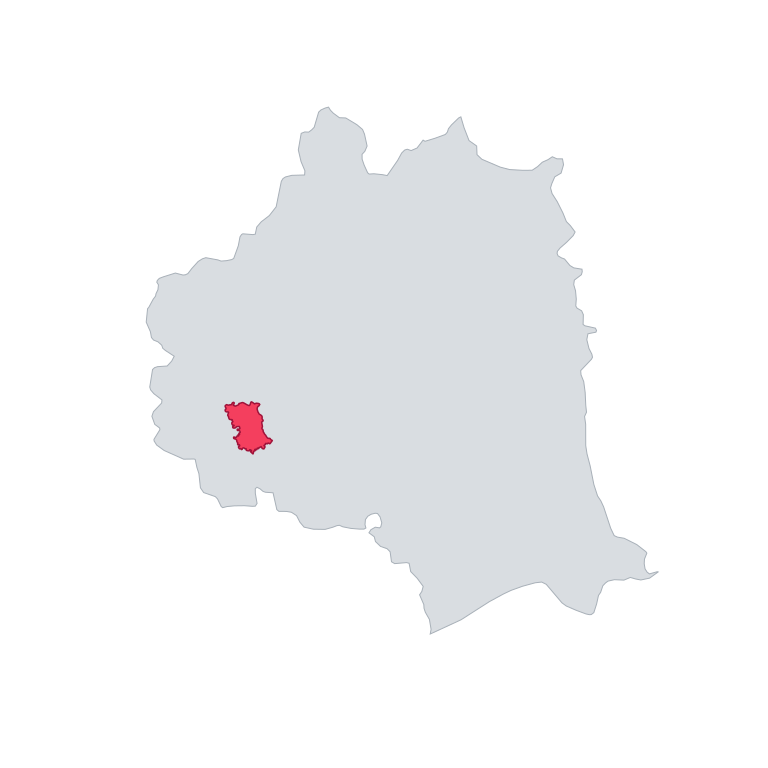 Hlybokaye, Vitebsk, Belarus (highlighted), rotated 253°
{"feature_id": "67162791B12228546801080", "entity_name": "Hlybokaye", "entity_type": "district", "adm_level": 2, "iso_a3": "BLR", "parent_name": "Belarus", "parent_adm1": "Vitebsk", "projection": "albers", "projection_center": [27.835, 55.173], "detail": "fine", "context": "in_parent", "style": "filled", "palette": "rose", "viewbox_px": 768, "rotation_deg": 253, "n_neighbors": 0, "source": "geoboundaries", "source_scale": "gbopen_adm2", "svg_char_len": 9653}
<svg xmlns="http://www.w3.org/2000/svg" viewBox="0 0 768 768"><g transform="rotate(253 384 384)"><path d="M617.0,535.6L605.6,535.5L591.9,536.5L584.5,542.2L576.1,540.0L570.3,543.3L557.4,558.6L552.4,566.7L547.8,579.1L545.1,588.2L547.0,594.5L549.8,600.2L550.6,606.5L552.1,611.4L548.8,615.2L547.1,620.5L541.2,619.8L533.9,615.0L532.2,607.9L526.6,603.1L522.9,600.6L517.0,600.4L507.6,603.0L495.3,605.1L486.0,605.9L481.0,608.5L473.5,611.2L470.6,608.3L466.2,600.2L462.6,592.2L460.2,588.6L458.2,587.7L455.7,587.9L452.8,590.5L450.7,593.2L443.0,596.4L439.6,599.4L435.9,606.9L433.4,606.4L430.8,604.7L427.7,596.4L423.6,594.5L417.1,594.4L409.0,592.7L402.5,590.2L400.1,590.8L396.2,594.4L392.0,594.9L382.7,591.8L380.9,593.2L375.6,602.5L373.0,602.9L371.6,601.8L372.4,593.7L367.1,590.9L358.0,590.4L351.7,591.5L348.6,591.2L347.0,589.6L339.3,576.0L335.2,575.1L327.9,575.7L317.1,573.9L304.6,570.7L297.8,569.4L294.3,566.3L286.6,565.1L266.1,558.9L257.8,557.7L245.4,557.2L226.6,555.3L214.5,555.5L208.8,557.2L202.3,558.1L179.8,558.6L171.7,559.8L169.3,562.5L166.3,568.5L156.5,578.8L147.1,585.4L145.4,585.9L140.4,581.9L136.1,580.3L130.9,579.6L127.2,580.6L124.8,582.3L124.6,590.5L124.1,591.2L120.7,581.2L121.5,572.3L124.1,567.4L127.0,563.0L126.3,556.1L129.5,547.1L130.0,540.6L129.0,537.7L127.1,534.3L121.5,530.3L119.1,527.3L111.5,523.0L104.0,517.8L102.9,514.8L103.4,512.9L105.0,510.0L111.5,501.5L118.4,493.4L122.7,490.2L145.0,480.6L148.5,476.9L149.7,470.5L150.1,457.3L149.5,445.3L148.3,437.0L145.1,421.3L136.0,388.7L131.4,355.1L135.6,357.3L145.6,358.6L153.7,356.8L157.8,356.7L161.4,357.6L172.0,356.4L174.5,359.5L179.0,362.3L188.4,359.0L196.8,354.7L205.2,355.6L206.6,353.4L209.1,341.7L211.8,339.2L221.8,340.8L225.6,338.8L229.7,333.2L235.8,329.8L240.8,330.0L246.1,326.1L248.5,328.9L249.6,333.8L247.7,337.7L248.4,339.2L251.9,341.3L258.1,341.4L262.1,339.9L263.0,337.7L263.2,333.7L262.3,329.9L259.8,326.6L255.0,324.7L251.6,324.6L251.1,322.5L252.4,318.1L255.6,310.1L259.5,302.8L261.9,300.1L262.3,297.6L262.0,293.1L262.2,285.1L265.8,274.0L270.5,265.7L276.4,263.2L283.7,261.9L288.4,258.0L290.7,253.4L292.9,246.3L295.2,244.8L312.4,246.1L315.2,238.9L316.7,236.9L320.0,234.8L322.4,232.3L321.5,230.3L317.2,229.0L306.9,227.7L304.8,225.2L305.5,222.4L308.4,215.0L311.2,205.4L312.7,198.0L312.9,193.6L314.4,192.5L322.8,191.2L325.6,189.8L332.9,179.8L338.4,178.1L352.4,180.8L358.9,180.7L367.1,181.4L367.8,180.4L370.7,170.4L384.6,154.4L392.0,148.8L396.7,147.5L398.3,147.8L405.8,156.3L407.5,156.6L412.4,153.0L421.0,152.6L425.0,155.5L430.8,165.8L433.7,167.0L442.0,161.1L446.6,159.1L449.6,159.1L465.5,166.9L466.7,169.4L466.8,172.5L464.6,181.9L468.0,187.7L471.9,191.5L479.9,184.8L482.8,182.9L486.1,182.8L490.4,180.2L493.4,176.5L496.4,175.2L502.3,175.9L512.7,174.7L525.1,179.9L526.2,181.6L532.6,188.1L534.9,191.3L536.9,192.3L540.3,195.4L544.8,197.3L547.8,196.5L549.3,197.5L550.7,200.0L551.0,204.4L551.1,216.9L547.0,223.6L546.5,225.9L546.9,228.7L550.6,233.9L555.5,242.1L556.8,246.9L556.9,250.5L551.2,261.5L549.2,264.1L548.0,269.4L547.5,274.8L548.0,277.0L558.8,285.1L566.8,289.3L568.6,291.5L568.9,292.9L565.2,302.3L564.9,304.7L571.3,308.2L575.0,314.0L578.6,323.6L585.0,332.7L607.9,345.1L610.0,347.5L610.8,350.3L610.5,356.8L607.1,369.2L611.0,370.7L620.9,369.7L632.9,370.5L647.9,378.1L648.2,382.0L646.9,385.6L648.2,389.2L649.9,392.3L663.1,401.0L664.5,403.8L665.1,408.4L665.0,411.9L661.5,412.8L657.8,414.7L651.7,419.2L649.6,425.2L639.9,433.9L633.7,437.9L628.7,438.4L616.5,437.4L612.1,433.7L610.1,430.2L605.4,428.8L599.2,429.0L590.8,430.1L589.1,431.2L588.0,435.8L584.7,443.6L582.4,448.0L593.9,462.5L599.7,468.4L601.7,472.2L601.7,474.9L599.3,478.2L600.0,484.6L605.8,492.7L604.1,494.2L604.1,504.6L604.7,515.6L606.3,518.2L609.3,520.3L612.0,524.2L616.6,533.2L617.0,535.6Z" fill="#d9dde1" stroke="#a8b0b8" stroke-width="1"/><path d="M400.8,259.2L401.6,258.9L401.9,258.5L402.2,258.1L402.4,257.6L402.6,257.2L402.7,256.7L403.0,256.3L403.0,256.1L402.9,255.4L402.9,254.8L402.9,254.3L403.1,254.1L403.3,254.0L403.7,253.8L404.1,253.5L404.4,253.2L404.9,252.8L405.2,252.6L405.4,252.3L405.6,252.1L405.7,251.8L405.6,251.6L405.4,251.3L405.0,251.1L404.9,250.9L404.5,250.7L404.0,250.3L403.6,250.0L403.3,249.7L403.1,249.5L402.9,249.2L402.8,248.8L402.9,248.5L403.6,247.6L404.4,246.7L405.5,245.7L406.0,245.2L406.4,244.8L406.8,244.5L407.0,244.1L407.5,243.6L407.7,242.9L407.7,242.5L407.7,241.8L407.7,240.8L407.7,239.6L407.4,239.6L407.1,239.4L406.9,239.2L406.8,238.9L406.7,238.7L406.5,237.9L406.5,237.2L406.4,236.9L406.3,236.3L406.4,235.6L406.3,235.3L406.4,235.1L407.3,234.2L407.5,233.8L407.9,233.7L408.3,234.2L408.7,234.6L408.9,234.8L409.4,235.1L409.7,235.2L409.9,235.1L410.1,235.1L410.3,234.8L410.5,234.6L410.5,234.3L410.4,233.8L410.2,233.3L409.9,233.1L409.6,232.8L409.3,232.5L409.0,232.2L408.9,232.0L408.8,231.6L408.9,231.3L409.0,231.1L409.2,230.8L409.1,230.4L409.2,229.6L409.2,229.2L409.4,228.8L409.7,228.2L410.0,227.9L410.2,227.6L410.3,227.3L410.1,226.9L410.0,226.5L409.9,226.1L409.6,225.8L409.3,225.6L408.7,225.5L408.2,225.6L407.7,225.8L407.0,225.8L406.4,225.6L406.2,225.3L406.1,224.9L405.9,224.7L405.5,224.5L405.0,224.3L404.6,224.3L404.1,224.5L403.7,224.8L403.5,225.0L403.3,225.5L403.1,226.1L403.0,226.5L402.9,226.7L402.7,226.9L402.4,227.0L402.1,227.0L401.5,226.5L400.9,226.1L400.5,225.8L400.2,225.6L399.8,225.4L399.4,225.5L399.0,225.5L398.7,225.7L398.1,225.8L397.4,225.6L396.9,225.6L396.4,225.7L395.6,225.8L395.2,226.2L395.2,226.4L395.0,226.7L394.8,226.9L394.6,227.2L394.6,227.7L394.5,228.0L394.3,228.3L394.0,228.4L393.8,228.2L393.5,228.0L393.2,228.1L392.7,228.4L392.5,228.5L392.1,228.2L391.9,228.1L391.8,227.6L391.5,227.2L391.1,227.0L390.6,226.9L389.6,226.9L389.3,227.0L389.0,227.2L388.8,227.3L388.7,227.6L388.7,227.9L388.6,228.3L388.2,228.5L387.9,228.3L387.8,227.8L387.7,227.4L387.6,227.1L387.4,226.8L387.0,226.7L386.4,226.7L386.1,226.9L385.9,227.2L385.7,227.8L385.5,228.4L385.5,228.9L385.6,229.3L386.2,230.5L386.3,230.9L386.2,231.3L386.0,231.7L385.9,232.2L385.9,232.4L385.8,233.0L385.6,233.2L385.2,233.3L384.1,233.3L383.8,233.3L383.5,233.1L383.4,233.0L383.3,232.5L383.3,231.7L383.5,231.3L383.7,230.8L383.7,230.6L383.4,230.3L383.0,230.2L382.8,230.2L382.5,230.3L382.2,230.6L382.0,231.4L381.8,231.8L381.7,232.0L381.2,232.3L380.7,232.4L379.9,232.4L379.7,232.2L379.5,231.3L379.4,231.2L379.2,230.9L378.7,231.1L378.4,231.2L378.2,231.2L378.0,230.7L378.3,230.2L378.2,229.9L378.1,229.7L377.8,229.8L377.5,229.9L377.2,230.0L376.9,229.7L376.9,229.4L377.2,228.8L377.3,228.5L377.1,228.2L376.7,227.8L376.3,227.4L376.2,226.9L376.4,226.3L376.8,225.7L376.8,225.4L377.1,225.1L377.1,224.7L376.8,224.5L376.4,224.4L376.0,224.4L375.7,224.6L375.4,224.8L375.2,225.1L375.0,225.5L374.9,225.8L374.6,226.1L373.6,226.6L373.3,226.7L373.0,226.7L372.7,226.6L372.4,226.5L371.5,226.5L370.8,226.9L370.4,226.9L370.1,226.9L369.7,226.5L369.4,226.4L368.9,226.5L368.5,226.6L368.4,226.9L368.5,227.4L368.3,227.8L368.0,228.0L367.6,228.0L367.3,227.9L367.1,227.9L366.9,227.6L366.8,227.4L366.8,226.9L366.7,226.7L366.3,226.4L365.9,226.4L365.6,226.4L364.8,226.6L364.3,226.8L364.2,227.0L364.2,227.9L364.1,228.2L363.9,228.3L363.3,228.3L363.1,228.5L362.9,228.7L363.0,229.2L363.2,229.5L363.8,229.9L364.0,230.4L364.0,230.8L363.9,231.2L363.5,231.6L363.3,231.8L362.7,232.1L362.6,232.4L362.6,232.8L362.5,233.1L362.3,233.2L362.0,233.2L361.8,233.1L361.6,232.9L361.2,232.9L360.9,233.0L360.6,233.2L360.4,233.5L360.0,234.2L359.8,234.7L359.7,235.0L359.6,235.3L359.8,235.7L360.2,236.1L360.4,236.4L360.2,236.9L359.9,237.3L359.4,237.6L358.9,237.8L358.6,237.6L358.5,237.4L358.7,237.0L358.7,236.7L358.3,236.6L357.8,236.8L357.1,237.3L356.8,237.4L356.6,237.5L356.3,237.7L355.9,237.9L355.6,238.1L355.5,238.3L355.6,238.5L356.1,238.8L356.5,239.1L357.5,239.5L357.8,239.8L357.8,240.6L357.8,240.9L357.9,241.2L358.1,241.4L358.4,241.4L358.6,241.2L359.1,241.3L359.2,241.5L359.2,241.8L359.1,242.1L358.5,242.6L358.4,242.8L358.4,243.1L358.5,243.3L359.4,243.8L359.6,244.0L359.6,244.3L359.5,244.7L359.2,244.8L358.9,245.0L358.9,245.3L359.1,245.5L359.7,245.9L359.8,246.1L359.8,246.5L359.7,246.8L359.7,247.1L359.8,247.4L359.9,247.6L360.1,247.9L360.1,248.1L359.7,248.3L359.1,248.5L358.1,248.6L357.8,248.8L357.2,249.7L357.1,249.9L357.1,250.3L357.3,250.5L357.6,250.7L357.8,251.0L358.0,251.3L358.2,251.5L358.6,251.8L358.8,251.8L359.1,251.8L359.4,251.7L359.7,251.4L360.0,251.3L360.3,251.3L360.4,251.5L360.5,251.7L360.6,252.0L360.7,252.4L360.7,252.7L360.9,253.0L361.2,253.0L361.5,253.1L361.7,253.3L361.7,253.7L361.6,254.0L361.1,254.6L361.0,254.9L360.9,255.2L361.0,255.4L361.2,255.6L361.4,255.8L361.3,256.1L361.1,256.6L360.8,256.8L360.3,257.2L360.3,257.6L360.5,257.9L360.9,258.5L361.5,259.2L361.8,259.8L362.2,260.2L362.6,260.6L362.9,260.5L363.1,260.3L363.2,260.1L363.6,259.8L363.9,259.6L364.4,259.3L365.0,259.2L365.4,258.9L365.5,258.6L365.6,258.2L365.8,257.8L366.0,257.2L366.4,256.8L366.8,256.6L367.3,256.5L368.2,256.1L369.1,256.0L369.5,255.9L370.3,255.5L370.9,255.2L371.3,255.1L371.9,255.0L373.0,254.8L373.3,254.6L373.6,254.6L374.0,254.6L374.8,254.8L375.6,254.8L375.8,254.8L376.1,254.7L376.6,254.3L376.9,254.3L377.3,254.3L377.6,254.4L377.9,254.6L378.3,255.0L378.9,255.3L379.3,255.4L379.7,255.4L381.2,255.6L381.8,255.6L382.3,255.7L382.8,255.8L383.4,256.1L383.6,256.3L383.7,256.6L383.9,257.2L384.0,257.5L384.3,257.7L384.8,257.7L385.0,257.7L385.5,257.5L385.9,257.3L386.3,257.3L386.6,257.3L386.9,257.4L387.4,257.6L387.9,257.8L388.2,257.8L388.5,257.9L388.8,257.9L389.1,257.8L389.5,257.7L389.8,257.5L390.1,257.3L390.7,256.8L391.0,256.5L391.3,256.2L391.7,255.9L392.2,255.7L393.1,255.6L393.6,255.4L394.2,255.3L395.6,255.3L396.0,255.3L396.8,255.3L397.8,255.6L398.3,255.9L398.7,256.2L399.0,256.4L399.3,256.8L399.6,257.7L399.7,258.0L399.9,258.3L400.1,258.5L400.8,259.2Z" fill="#f43f5e" stroke="#9f1239" stroke-width="1.5"/></g></svg>